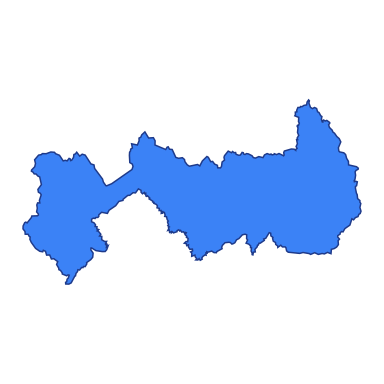 Nong Ya Plong, Phetchaburi, Thailand (Natural Earth projection)
{"feature_id": "78962969B63755110473004", "entity_name": "Nong Ya Plong", "entity_type": "district", "adm_level": 2, "iso_a3": "THA", "parent_name": "Thailand", "parent_adm1": "Phetchaburi", "projection": "natural_earth1", "projection_center": [99.458, 13.138], "detail": "fine", "context": "isolated", "style": "filled", "palette": "blue", "viewbox_px": 384, "rotation_deg": 0, "n_neighbors": 0, "source": "geoboundaries", "source_scale": "gbopen_adm2", "svg_char_len": 6005}
<svg xmlns="http://www.w3.org/2000/svg" viewBox="0 0 384 384"><path d="M76.7,152.2L75.4,153.9L73.9,154.5L73.5,157.4L71.7,160.2L70.7,160.6L70.2,158.9L69.1,158.4L67.1,160.9L65.3,160.3L63.2,160.9L59.5,155.3L55.6,153.7L54.5,152.3L50.8,152.0L46.2,153.7L42.3,153.6L41.4,154.6L38.6,155.1L34.6,159.8L35.5,163.5L34.7,166.8L31.6,170.0L31.4,171.2L33.0,172.1L34.2,173.9L36.1,174.0L37.8,176.0L39.7,176.9L41.4,184.6L37.9,189.4L38.4,192.2L40.3,193.3L41.2,194.8L39.4,200.4L39.8,202.9L37.6,202.9L36.8,205.0L37.3,208.2L36.6,211.9L38.3,213.9L38.4,215.0L37.5,215.8L31.8,216.0L31.4,217.5L27.1,222.9L25.8,222.1L24.7,222.7L23.1,226.0L23.0,228.9L25.0,231.5L25.2,234.2L28.1,234.3L29.3,236.5L30.2,237.0L29.9,239.3L31.3,242.4L35.6,248.4L39.8,251.3L42.7,251.8L43.3,250.3L45.5,251.3L46.6,255.1L49.7,255.0L51.4,259.0L53.8,258.7L57.7,261.6L56.6,264.5L58.7,268.1L58.9,269.7L60.5,270.4L62.2,272.8L62.3,274.0L66.7,275.8L68.0,274.9L69.2,275.2L68.2,278.2L67.1,279.2L66.7,281.7L65.6,282.3L65.7,284.0L68.9,284.1L71.2,282.9L74.8,276.1L75.5,275.9L76.0,273.4L77.5,271.6L77.9,269.7L79.6,270.0L81.6,267.5L83.0,267.6L83.5,266.5L85.2,266.6L86.8,263.9L86.6,262.6L90.7,259.7L92.7,257.3L93.1,253.1L90.9,249.9L90.9,248.1L91.7,248.0L95.9,250.6L102.3,251.6L105.2,251.5L106.7,249.7L108.1,245.8L106.5,246.9L107.1,244.3L106.6,243.8L106.0,244.8L105.4,244.0L106.6,241.4L104.7,241.5L101.7,239.7L101.8,236.4L99.5,236.0L100.8,234.2L98.4,231.3L97.2,230.9L98.7,229.6L96.8,228.9L97.0,226.7L95.1,226.5L95.5,224.7L93.9,222.7L91.6,221.8L91.6,219.2L93.2,218.2L95.1,218.5L95.5,217.6L97.9,217.4L98.8,216.4L98.8,214.8L101.6,212.3L107.4,213.4L109.1,210.2L115.7,205.7L118.9,201.4L123.0,200.4L123.1,199.3L127.8,195.4L129.8,195.3L133.0,192.7L135.5,192.9L138.4,188.9L141.0,190.3L141.1,192.3L142.5,193.8L144.4,192.5L144.8,193.8L145.7,193.3L145.9,196.0L146.7,196.4L147.5,195.8L149.8,198.1L149.1,198.9L152.8,201.2L152.7,202.0L154.0,202.4L153.8,203.3L156.3,204.4L157.4,205.7L157.0,207.8L159.3,208.4L159.1,210.5L161.1,210.5L161.1,211.7L162.1,211.6L161.3,213.4L162.7,213.2L163.1,211.9L164.4,212.5L165.1,215.1L164.7,216.4L166.5,216.7L167.2,219.6L168.3,221.1L167.5,222.0L168.5,224.9L167.8,225.7L169.3,226.9L168.5,227.4L168.7,228.7L167.9,230.3L169.1,229.8L169.6,232.4L171.4,231.6L171.4,232.8L172.5,231.9L173.5,232.9L177.0,231.7L177.1,230.6L178.8,229.8L179.7,231.0L180.6,230.4L181.7,232.1L183.6,231.8L184.5,233.2L185.4,232.4L186.3,232.7L185.1,234.7L186.8,236.2L186.4,237.3L188.1,238.4L187.7,241.7L186.1,241.5L184.3,243.2L186.4,243.7L186.7,245.6L188.5,244.8L188.3,246.8L189.9,249.3L192.4,249.1L192.6,250.9L190.6,251.9L191.8,253.1L191.7,256.3L194.9,255.1L195.2,256.8L196.8,258.8L195.8,259.9L197.9,260.0L199.1,258.6L200.2,260.3L202.2,259.2L201.8,258.0L202.8,256.5L205.0,254.9L206.1,255.2L205.9,253.0L207.1,253.2L206.9,251.8L207.8,252.2L211.7,251.1L214.0,252.6L216.4,252.7L216.8,251.6L222.1,248.7L221.7,247.2L222.4,245.4L225.0,242.7L228.7,242.3L230.3,242.5L231.9,244.1L233.4,243.6L234.9,242.7L236.5,239.8L238.9,238.6L242.4,234.8L245.1,234.2L246.7,234.8L246.6,238.7L247.6,239.9L246.1,243.2L248.7,244.1L250.6,245.9L250.5,247.6L251.5,247.8L251.1,251.0L252.2,253.4L252.1,254.6L252.9,254.9L253.4,252.2L255.3,251.9L254.9,249.4L257.2,246.8L257.5,245.2L258.4,245.0L259.0,243.2L260.2,243.2L264.3,240.4L263.7,239.0L265.7,238.4L269.2,232.7L270.7,233.2L270.9,235.9L272.9,237.4L272.6,238.5L273.3,241.2L275.5,242.5L275.7,244.4L277.7,246.0L277.8,247.4L280.8,245.2L282.4,246.9L285.2,246.9L285.9,247.6L286.6,250.9L288.2,252.2L299.7,253.4L303.0,252.5L309.3,253.6L310.6,254.4L314.7,252.7L318.3,254.4L322.1,253.5L324.4,253.9L327.5,252.4L331.0,253.7L331.4,249.3L334.2,248.6L336.6,247.1L338.4,244.6L338.1,240.7L339.5,239.1L337.7,237.0L337.8,235.6L340.1,234.1L340.2,232.9L341.6,231.5L343.0,231.9L344.9,228.6L349.9,225.1L351.9,218.8L353.6,219.8L355.4,217.6L358.0,216.6L358.8,214.4L360.2,213.5L361.0,211.2L359.9,207.5L360.8,203.5L359.9,202.2L359.9,200.6L357.6,198.6L357.2,194.7L356.4,193.1L355.4,188.0L355.5,186.5L356.6,185.7L357.3,181.8L355.6,181.2L354.4,181.7L354.2,180.6L355.0,179.2L355.6,175.2L355.1,171.9L356.0,170.4L358.1,169.3L358.3,168.2L356.5,166.7L348.6,164.9L348.4,161.3L346.6,158.3L345.6,154.5L343.8,152.8L339.6,151.9L338.8,150.9L338.4,147.7L340.8,141.9L339.2,138.6L336.8,136.5L334.6,133.3L332.7,131.8L332.3,130.3L329.4,127.4L328.6,124.7L329.7,123.4L329.7,122.5L326.8,120.4L325.2,121.0L323.6,120.0L322.9,120.5L322.9,122.0L322.3,122.0L321.4,119.4L321.9,116.5L320.7,115.7L319.0,112.5L317.6,111.8L316.6,108.5L314.5,107.5L312.5,108.6L310.5,107.4L308.9,103.0L309.4,100.8L308.6,99.9L307.1,102.0L306.6,104.9L303.9,105.4L302.0,106.7L300.6,106.5L300.1,107.4L297.9,107.5L296.7,110.3L296.9,111.8L295.3,112.1L295.4,114.7L294.8,115.8L298.7,117.4L298.5,121.7L299.3,123.1L298.4,125.6L297.5,125.3L297.1,126.1L298.0,127.9L297.5,132.4L298.7,135.4L297.1,138.1L297.7,139.6L296.6,139.7L297.4,143.8L296.1,146.5L297.1,148.4L295.7,149.5L295.7,150.3L294.2,149.2L291.3,149.0L284.4,151.0L283.7,152.5L284.1,155.0L283.6,155.8L279.0,153.5L276.6,154.6L274.3,153.7L274.1,154.4L272.1,154.9L271.0,154.0L270.0,154.6L267.1,153.6L264.5,154.9L263.0,157.6L258.8,156.6L255.4,158.1L253.4,157.6L252.0,155.7L248.4,153.9L246.5,153.6L245.0,154.5L243.8,154.1L243.3,152.7L242.1,152.4L240.4,155.0L238.9,155.3L236.1,154.3L235.6,152.5L234.0,152.7L232.6,151.5L231.5,152.7L228.2,151.1L224.5,155.7L224.0,157.3L224.5,160.1L222.1,162.0L221.5,166.4L220.5,167.9L217.7,167.8L217.4,165.3L214.6,164.1L212.6,161.4L210.7,161.7L208.3,157.3L206.9,156.5L202.4,160.9L199.8,165.9L197.5,164.5L189.4,166.2L187.2,164.8L184.9,161.6L184.5,159.5L182.4,157.7L178.6,158.3L175.8,157.4L172.2,149.5L169.5,149.2L168.2,146.8L167.1,147.2L165.7,149.5L155.0,145.0L155.1,140.8L153.4,137.7L148.6,138.0L144.9,131.9L141.7,134.9L140.8,137.2L139.0,138.1L139.1,140.8L137.4,145.0L131.6,143.8L132.4,148.0L130.7,149.1L130.5,151.0L129.6,152.2L129.4,155.3L129.8,162.6L132.3,164.1L133.0,166.4L132.0,169.5L111.7,183.7L106.7,185.8L105.8,185.6L103.4,182.1L102.5,179.0L94.6,168.4L94.0,164.9L90.9,163.9L85.2,155.1L82.2,154.2L79.7,156.1L76.7,152.2Z" fill="#3b82f6" stroke="#1e3a8a" stroke-width="1.5"/></svg>